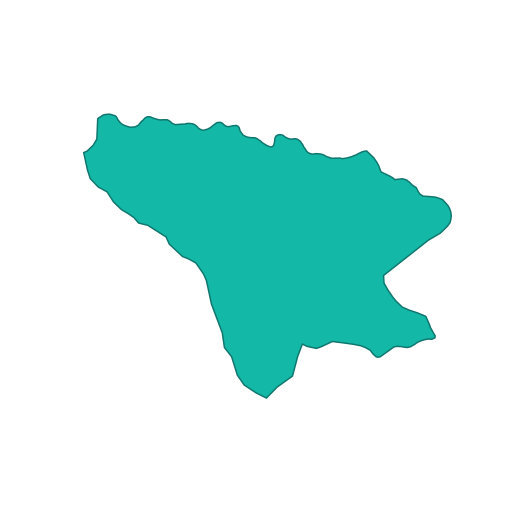 the district of Bambio, Sangha-Mbaéré, Central African Republic, rotated 197°
{"feature_id": "33826404B86044426841106", "entity_name": "Bambio", "entity_type": "district", "adm_level": 2, "iso_a3": "CAF", "parent_name": "Central African Republic", "parent_adm1": "Sangha-Mbaéré", "projection": "albers", "projection_center": [16.839, 3.876], "detail": "fine", "context": "isolated", "style": "filled", "palette": "teal", "viewbox_px": 512, "rotation_deg": 197, "n_neighbors": 0, "source": "geoboundaries", "source_scale": "gbopen_adm2", "svg_char_len": 3496}
<svg xmlns="http://www.w3.org/2000/svg" viewBox="0 0 512 512"><g transform="rotate(197 256 256)"><path d="M451.0,304.5L442.2,288.8L437.1,281.5L426.9,275.8L417.2,273.8L408.0,266.0L398.2,261.0L390.7,259.2L383.9,257.0L377.9,253.2L368.4,253.7L347.5,247.9L342.4,242.0L326.1,234.0L320.3,233.6L311.5,231.8L308.4,229.4L300.9,223.4L296.3,218.1L293.2,212.6L284.6,197.1L265.8,172.7L259.4,159.2L249.9,152.6L238.9,136.5L229.6,129.2L227.3,128.5L215.5,125.0L204.5,123.2L197.4,136.9L186.0,151.9L186.8,172.1L185.9,185.3L180.7,184.5L171.2,185.3L167.0,188.4L157.9,196.6L144.9,198.8L136.7,200.1L129.5,200.8L124.2,200.4L119.1,199.2L115.6,196.6L111.8,194.8L110.0,194.8L107.8,195.9L97.5,209.4L95.0,210.7L90.8,211.8L88.0,212.1L84.7,212.7L81.8,214.3L78.5,217.8L76.3,220.7L73.2,223.3L70.3,225.3L67.2,226.9L63.5,227.8L61.0,230.0L61.3,232.0L63.0,233.5L68.3,238.6L70.7,241.9L76.0,247.9L84.9,248.8L93.9,249.0L101.2,249.9L109.1,253.9L113.3,256.8L120.2,262.3L125.7,267.6L128.3,274.7L95.6,321.8L92.3,325.3L89.7,328.2L86.6,331.5L83.9,336.2L81.5,340.8L80.2,344.6L80.4,347.9L81.0,351.6L82.8,355.4L85.0,358.3L87.4,360.5L89.9,362.0L94.1,364.5L98.3,364.7L102.0,364.7L105.3,364.0L108.2,363.4L113.7,362.1L117.5,363.2L120.1,365.4L122.8,368.2L127.6,369.6L130.7,371.4L134.2,372.7L138.4,372.7L145.7,369.6L147.3,370.5L150.8,371.4L153.4,371.8L160.7,372.9L161.6,373.6L164.9,378.0L167.8,380.9L172.2,384.4L180.9,388.8L182.5,388.1L184.0,387.3L185.4,386.3L186.6,385.1L187.9,384.0L189.0,382.8L190.2,381.6L191.6,380.7L192.8,379.5L194.3,378.5L195.7,377.6L197.2,376.7L198.6,375.8L200.3,375.1L201.9,374.3L204.1,374.2L205.2,374.0L206.9,373.3L208.8,372.8L210.5,372.1L212.4,371.6L214.2,371.6L216.7,371.7L218.8,371.9L220.6,372.4L223.1,372.5L225.2,372.2L227.0,371.8L229.0,371.3L230.4,370.5L232.1,369.8L234.0,369.8L236.2,370.0L237.8,370.8L239.2,371.7L240.3,372.9L241.8,373.9L242.9,375.0L244.1,376.3L245.6,377.3L246.7,378.4L248.4,379.1L250.2,379.7L252.6,379.7L254.3,379.0L255.9,378.2L257.9,377.8L259.7,377.8L261.9,378.1L263.8,378.6L265.4,379.3L267.4,379.3L269.2,378.9L270.7,377.9L271.8,376.8L272.3,374.9L272.1,372.8L271.7,370.9L271.5,368.7L271.6,366.4L272.7,365.1L274.4,364.4L276.5,364.7L278.6,365.0L280.6,365.5L282.4,366.0L284.1,366.7L285.7,367.5L287.7,367.9L289.3,368.6L291.6,368.7L293.6,368.2L295.4,367.7L297.0,367.4L297.3,367.4L299.5,367.2L301.6,367.4L303.6,367.8L304.9,368.8L306.4,369.8L307.7,370.9L308.7,372.4L309.7,373.9L311.0,374.8L313.2,375.1L314.8,374.3L316.5,373.7L317.9,372.8L319.7,371.8L321.5,371.3L323.6,371.6L325.3,372.3L326.9,373.1L329.1,373.4L330.5,372.9L332.2,372.2L333.3,371.0L334.3,369.6L335.3,368.2L336.2,366.8L337.2,365.3L338.5,364.1L339.6,363.0L341.1,362.1L342.4,361.1L344.4,360.6L346.5,360.9L348.5,361.4L349.8,362.4L351.5,363.1L353.4,363.8L355.7,363.8L357.7,363.5L359.5,363.0L361.3,362.3L362.6,361.3L364.5,360.8L366.2,360.1L367.8,359.5L369.6,358.8L371.2,358.1L373.6,358.1L375.5,358.6L377.2,359.4L378.8,360.0L380.9,360.3L382.6,359.7L384.5,359.2L386.2,358.5L388.0,358.0L390.1,357.8L392.6,357.8L394.9,357.8L397.0,358.1L399.2,357.9L400.9,357.2L402.1,356.0L403.0,354.6L403.7,352.9L404.7,351.5L405.5,349.8L406.1,348.2L406.9,346.5L408.1,345.4L409.2,344.2L411.0,343.5L412.6,342.8L414.5,342.3L416.9,342.3L419.2,342.4L421.4,342.6L423.3,343.1L424.9,343.9L426.4,344.9L427.8,345.8L428.9,347.0L430.1,348.2L431.7,348.9L434.2,348.9L436.5,348.9L438.4,348.6L440.1,347.8L441.7,347.1L443.2,346.2L444.3,345.1L445.3,343.6L446.6,342.4L447.5,341.0L442.4,321.3L444.0,314.4L448.2,306.9L451.0,304.5Z" fill="#14b8a6" stroke="#0f766e" stroke-width="1.5"/></g></svg>